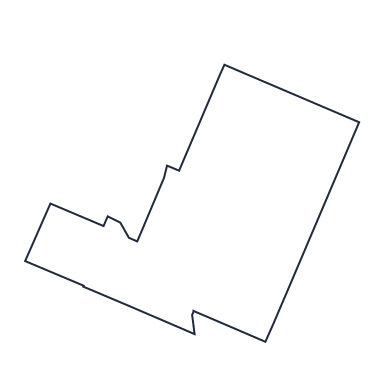 outline of Geary, Kansas, United States of America, rotated 293°
{"feature_id": "52423323B10299341155565", "entity_name": "Geary", "entity_type": "district", "adm_level": 2, "iso_a3": "USA", "parent_name": "United States of America", "parent_adm1": "Kansas", "projection": "mercator", "projection_center": [-96.82, 39.045], "detail": "fine", "context": "isolated", "style": "outline", "palette": "slate", "viewbox_px": 384, "rotation_deg": 293, "n_neighbors": 0, "source": "geoboundaries", "source_scale": "gbopen_adm2", "svg_char_len": 500}
<svg xmlns="http://www.w3.org/2000/svg" viewBox="0 0 384 384"><g transform="rotate(293 192 192)"><path d="M62.4,128.9L62.5,181.4L62.2,249.9L79.0,240.1L80.4,240.2L80.8,240.2L82.5,240.1L83.1,239.8L82.8,318.1L103.3,318.4L145.0,318.5L321.5,318.6L321.7,193.0L321.8,172.1L311.3,171.9L221.6,171.8L206.6,171.8L206.5,158.7L194.3,160.7L139.1,160.9L125.1,160.9L125.2,151.8L135.8,138.0L136.6,123.9L126.1,123.9L126.0,66.2L63.2,65.4L63.4,128.9L62.4,128.9Z" fill="none" stroke="#1e293b" stroke-width="2"/></g></svg>